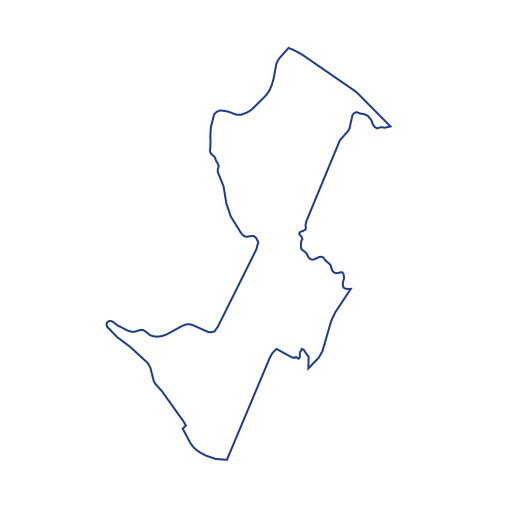 outline of Para, rotated 117°
{"feature_id": "SUR-68", "entity_name": "Para", "entity_type": "District", "adm_level": 1, "iso_a3": "SUR", "parent_name": "Suriname", "parent_adm1": "", "projection": "mercator", "projection_center": [-55.311, 5.329], "detail": "fine", "context": "isolated", "style": "outline", "palette": "blue", "viewbox_px": 512, "rotation_deg": 117, "n_neighbors": 0, "source": "natural_earth", "source_scale": "10m", "svg_char_len": 2339}
<svg xmlns="http://www.w3.org/2000/svg" viewBox="0 0 512 512"><g transform="rotate(117 256 256)"><path d="M332.4,158.3L322.0,163.3L318.7,169.6L318.1,170.2L317.9,173.0L318.0,173.2L319.1,172.7L322.0,173.2L322.8,172.8L324.3,171.9L326.2,171.1L327.9,171.2L328.3,172.1L327.9,173.4L327.8,174.6L328.9,175.1L329.8,176.4L330.0,179.3L329.5,195.6L334.9,197.3L340.6,197.5L450.8,189.4L455.1,199.7L456.6,209.7L456.5,215.8L456.1,219.8L455.3,223.3L454.1,226.4L452.6,229.4L443.1,242.9L438.9,241.5L436.2,245.7L419.2,278.4L415.6,287.7L413.9,290.3L403.6,299.3L401.6,302.1L400.4,304.2L394.2,326.4L391.3,343.0L386.5,356.8L384.1,358.4L382.3,358.4L380.3,357.0L379.6,354.8L379.8,352.6L380.7,348.0L380.7,336.5L380.2,333.5L379.3,330.7L377.1,328.1L374.9,326.1L373.3,323.5L373.3,320.8L374.6,314.7L374.3,311.7L373.3,308.6L371.7,305.7L369.4,302.8L366.7,300.2L351.5,289.8L348.8,287.3L347.0,284.4L346.3,281.3L345.4,263.8L344.1,261.0L342.1,258.8L336.2,257.9L250.2,258.7L242.7,260.2L239.8,264.3L239.2,267.1L240.6,269.7L242.0,271.5L243.2,273.2L243.6,275.0L243.4,277.0L242.4,279.6L232.2,296.5L222.6,306.3L208.6,316.6L198.7,328.0L196.5,329.3L193.3,329.9L191.8,330.9L189.5,334.4L188.1,336.1L186.8,337.3L186.2,338.9L185.3,342.5L184.1,344.1L182.4,345.2L179.2,346.2L178.1,347.0L175.0,348.3L169.9,351.2L161.1,354.9L148.7,357.6L145.4,356.5L142.5,354.0L140.3,347.6L139.6,343.3L139.3,339.5L138.5,336.4L136.8,333.3L133.1,329.9L129.9,327.6L126.6,326.0L108.3,320.0L102.5,319.2L96.3,319.6L89.7,320.9L75.7,325.1L72.4,325.3L69.5,325.0L55.9,321.5L55.4,316.4L55.6,306.6L64.3,241.1L79.5,195.0L83.2,199.4L84.4,203.0L87.3,206.1L87.1,209.0L85.4,212.0L82.6,214.8L80.5,219.6L80.4,223.6L81.6,227.2L82.2,231.9L84.3,233.4L86.8,234.0L99.8,230.6L103.4,230.8L114.7,233.8L202.3,226.9L205.8,226.0L207.5,224.8L209.8,223.9L211.6,224.9L213.2,226.4L215.2,227.9L216.8,227.3L217.7,225.7L218.3,224.0L219.9,222.4L222.4,222.4L226.7,220.5L228.8,219.2L229.6,217.6L230.1,214.0L230.8,212.2L232.1,210.4L233.5,208.3L234.0,206.3L233.8,204.4L232.5,202.6L228.2,199.2L226.9,197.2L226.8,195.3L228.7,191.5L229.5,187.4L230.4,185.3L232.8,183.1L234.5,181.2L235.3,179.1L235.0,177.0L233.9,175.1L232.4,173.6L231.4,171.9L232.1,170.0L235.4,167.6L240.3,166.5L243.1,165.1L244.4,163.5L244.5,161.5L243.8,159.5L242.2,156.6L270.1,159.8L279.8,159.5L310.6,153.6L317.9,153.9L332.4,158.3Z" fill="none" stroke="#1e3a8a" stroke-width="2"/></g></svg>